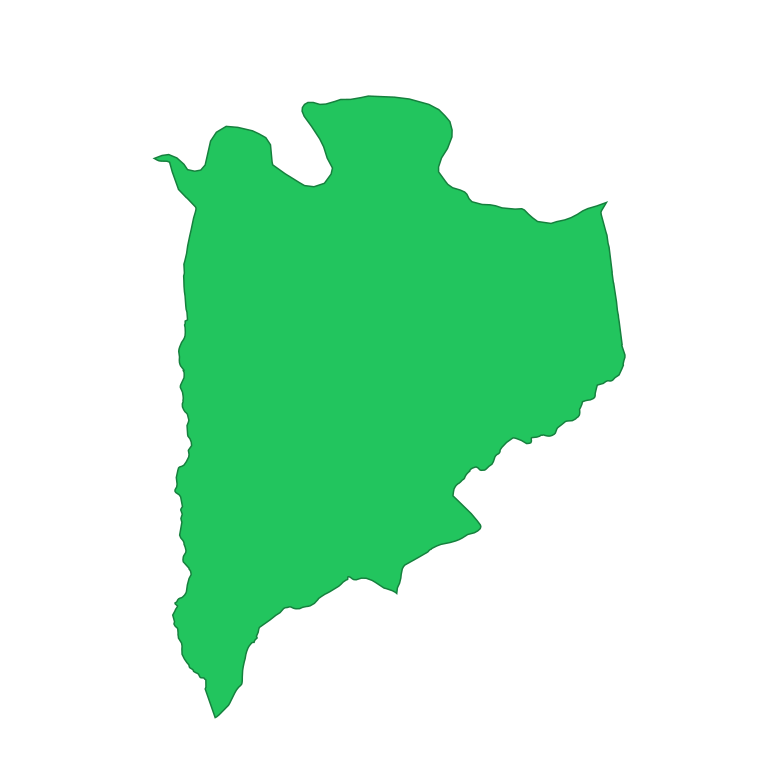 Unguriu, Buzau, Romania (Natural Earth projection), rotated 348°
{"feature_id": "2599482B64546801650648", "entity_name": "Unguriu", "entity_type": "district", "adm_level": 2, "iso_a3": "ROU", "parent_name": "Romania", "parent_adm1": "Buzau", "projection": "natural_earth1", "projection_center": [26.623, 45.27], "detail": "fine", "context": "isolated", "style": "filled", "palette": "green", "viewbox_px": 768, "rotation_deg": 348, "n_neighbors": 0, "source": "geoboundaries", "source_scale": "gbopen_adm2", "svg_char_len": 6159}
<svg xmlns="http://www.w3.org/2000/svg" viewBox="0 0 768 768"><g transform="rotate(348 384 384)"><path d="M352.9,591.5L354.6,586.5L355.3,585.4L357.8,582.1L360.1,577.3L361.2,573.9L363.5,568.6L365.1,566.7L366.8,565.4L382.5,560.5L391.6,557.5L392.4,557.1L394.0,555.8L394.7,555.6L395.6,555.5L396.6,554.8L401.9,553.4L406.4,552.7L415.7,552.8L421.5,552.4L425.2,551.8L428.5,550.9L434.6,548.6L441.5,548.3L445.1,547.2L447.9,545.6L448.6,544.6L449.1,543.3L448.9,541.8L446.7,537.1L442.4,529.0L428.2,507.7L429.5,504.0L430.7,501.2L432.4,499.2L433.6,498.1L435.7,496.9L436.4,496.8L438.5,495.7L440.7,494.2L441.4,493.9L442.0,493.8L443.3,492.7L443.8,491.8L444.7,490.7L445.9,489.5L447.7,488.2L449.8,487.0L449.7,486.5L451.5,485.2L452.9,484.7L455.6,484.3L456.9,484.3L457.7,484.9L458.5,485.6L459.9,487.9L461.0,488.6L464.4,489.1L465.0,489.0L466.3,488.4L469.6,486.3L472.9,484.9L474.9,482.6L477.4,478.3L478.6,477.2L480.0,476.4L481.3,476.1L482.5,475.4L483.4,474.3L483.6,473.3L484.3,472.2L486.1,470.5L491.8,466.6L498.5,463.7L499.3,463.6L500.3,463.9L502.1,464.8L506.7,467.8L511.1,471.9L512.5,472.1L514.3,472.2L515.5,471.9L516.4,470.4L516.5,469.0L516.8,467.8L517.0,467.4L517.4,467.2L522.5,467.7L525.4,467.4L527.0,466.7L528.0,467.0L529.5,467.0L530.8,467.8L533.0,468.8L534.7,469.3L536.0,469.4L537.9,469.2L540.1,468.5L541.4,467.6L543.8,463.8L544.5,463.1L545.5,462.5L549.3,460.7L553.3,458.6L554.5,458.3L556.3,458.4L560.6,459.0L564.1,458.0L565.3,457.2L567.2,456.4L568.6,455.0L569.1,454.0L569.6,452.4L570.1,449.2L571.1,448.2L573.4,444.9L574.3,442.8L575.3,442.5L577.6,442.2L580.0,442.2L582.4,442.4L585.5,441.8L587.1,441.0L588.0,439.6L588.6,437.2L589.8,434.6L591.3,431.5L592.2,429.8L592.5,429.4L598.6,429.0L601.5,427.7L603.6,427.3L605.8,428.1L607.4,428.1L608.6,427.7L611.3,425.8L615.8,424.0L619.7,418.8L622.1,415.3L622.0,414.3L623.7,410.6L624.3,409.6L625.2,408.0L625.7,405.7L624.6,395.6L624.9,395.0L625.1,395.0L627.0,371.7L627.2,367.9L627.5,365.5L627.5,363.6L627.6,360.4L628.5,351.9L629.6,333.0L629.4,332.9L630.2,322.4L630.4,322.2L632.6,296.9L632.4,293.0L633.0,284.8L632.7,281.9L631.7,263.5L631.9,261.1L632.9,259.6L639.3,252.7L629.1,254.1L619.9,254.8L614.4,256.0L608.4,258.3L601.5,260.2L594.9,261.1L586.7,261.1L580.8,261.7L568.0,257.0L563.7,252.1L560.6,247.9L557.5,243.0L555.2,241.2L548.6,240.2L536.1,236.3L530.2,232.9L525.1,230.8L517.3,228.8L507.9,224.0L505.7,220.4L504.5,215.6L502.8,213.0L499.0,210.2L491.9,206.3L487.9,202.0L486.1,198.3L481.5,187.9L482.5,183.0L487.3,174.8L495.1,166.8L501.8,156.5L503.4,149.7L503.0,141.1L499.6,134.7L494.8,127.2L486.1,119.9L468.0,110.5L453.8,105.6L428.5,99.1L421.3,99.1L410.6,98.7L400.7,96.7L394.8,97.4L385.3,98.1L379.4,97.2L373.3,93.9L368.2,92.8L364.4,94.0L361.7,96.6L360.6,100.1L361.6,105.6L366.7,117.0L372.1,130.9L374.3,139.5L375.4,151.2L378.5,162.0L375.9,167.7L367.4,175.3L356.5,176.5L347.5,173.4L343.2,169.5L331.1,157.9L320.7,146.5L320.7,143.5L322.7,126.4L319.6,118.5L313.7,113.3L308.0,109.0L294.4,102.6L283.2,99.2L272.4,102.9L264.9,110.3L254.6,132.6L249.2,136.7L243.1,136.5L236.4,133.5L234.0,127.5L228.4,119.8L221.1,114.8L214.4,114.3L206.2,115.6L208.7,117.8L210.3,118.9L212.2,119.6L218.1,121.0L220.4,122.5L221.0,132.5L223.3,149.6L223.4,150.9L229.4,160.6L230.0,161.2L236.3,171.4L236.6,172.3L236.6,173.3L236.3,174.3L235.2,176.7L232.3,182.0L227.5,192.9L224.9,198.5L220.7,208.0L218.0,215.4L214.7,222.4L213.2,225.2L211.9,233.5L211.5,234.8L210.5,236.7L209.8,241.0L208.7,246.9L208.0,252.2L207.7,256.7L206.4,266.1L206.0,269.7L206.2,272.8L205.2,280.1L204.7,280.6L202.6,281.1L202.1,283.6L201.2,284.8L201.2,287.5L200.4,292.1L199.5,295.3L198.2,297.6L196.7,299.3L194.7,301.2L191.8,305.4L190.7,307.4L190.0,309.4L189.6,315.0L188.8,317.9L188.4,320.5L188.5,322.3L188.8,323.9L191.2,328.9L190.4,329.2L190.9,331.1L190.4,333.8L189.7,336.3L185.1,342.4L184.4,343.6L184.1,345.1L185.2,350.1L185.0,353.8L184.7,356.2L183.9,358.5L183.9,359.4L182.6,361.5L182.1,364.5L182.7,367.5L183.6,369.8L184.7,371.3L185.4,372.7L185.6,378.8L184.7,380.7L182.7,383.7L181.4,392.7L181.4,394.3L182.8,397.2L183.4,400.7L183.0,404.3L179.1,407.9L178.8,408.4L178.7,412.3L177.8,414.8L174.4,419.0L171.5,421.7L169.5,422.4L166.7,422.7L165.6,423.4L164.5,425.4L161.4,432.3L160.8,438.9L159.8,441.6L157.8,443.8L157.4,444.8L157.3,445.7L157.9,447.0L160.7,449.9L161.6,452.2L161.4,462.0L159.7,463.7L159.0,464.9L159.3,466.9L159.6,469.4L157.4,473.3L157.4,475.5L157.6,477.1L152.7,489.3L153.2,492.3L154.8,495.3L155.3,497.1L155.3,498.2L155.1,499.1L155.6,502.2L155.7,505.6L155.1,507.5L152.3,510.5L151.7,511.5L150.8,514.2L150.7,516.2L154.9,523.5L154.9,524.6L155.8,526.4L155.9,528.6L155.7,530.4L152.9,533.7L149.9,539.6L147.6,545.9L147.0,547.0L145.1,549.0L142.9,550.4L141.8,550.9L139.7,551.1L138.4,551.5L137.2,552.4L136.2,553.8L135.4,554.3L134.1,554.7L134.0,555.6L135.9,558.2L135.4,559.1L133.3,561.1L132.2,562.7L129.3,566.1L129.7,572.9L128.7,575.0L128.8,575.7L129.5,577.7L131.1,579.8L131.3,580.9L130.8,584.8L130.4,586.4L130.3,588.8L130.1,589.7L132.1,595.3L132.0,598.3L131.2,601.3L130.3,606.4L131.6,611.5L133.3,615.6L134.7,618.1L134.8,620.5L135.2,621.3L136.9,622.9L137.6,623.7L137.9,624.4L138.0,625.5L139.7,627.1L141.1,628.1L142.2,629.2L143.0,632.3L143.4,632.9L143.9,633.3L146.6,634.0L147.4,635.5L148.1,636.1L148.2,636.5L146.8,643.5L145.7,645.1L149.5,675.2L151.0,674.8L153.9,673.3L165.1,665.9L166.6,664.3L173.6,655.4L175.9,652.8L177.5,651.4L179.2,650.1L180.5,649.4L182.2,648.2L182.9,647.0L183.6,645.0L184.5,641.0L186.2,634.7L187.5,631.3L189.5,626.8L191.1,623.7L192.6,619.9L194.1,617.0L195.9,614.2L196.9,613.0L198.0,611.9L200.8,609.7L202.3,609.5L203.2,609.7L203.6,608.8L204.7,607.5L207.1,606.0L206.8,604.2L209.3,600.7L210.6,597.6L211.5,596.2L223.6,591.0L230.0,587.8L234.8,586.0L239.1,582.8L240.6,582.3L243.2,582.5L245.1,582.3L246.5,582.7L248.7,584.4L250.4,585.3L251.4,585.6L254.8,586.2L258.0,585.5L261.6,585.5L263.6,585.7L265.7,585.6L270.3,584.1L274.7,581.0L275.2,580.3L278.4,578.9L282.6,577.3L284.3,576.9L287.8,575.9L297.7,572.4L300.2,571.0L302.9,569.2L306.1,567.9L307.8,567.6L308.5,565.3L308.9,565.1L309.7,565.2L310.8,566.0L312.8,568.3L313.9,569.1L316.1,569.7L321.4,569.2L326.2,570.3L331.5,573.6L334.3,576.2L341.6,583.6L343.5,584.5L349.2,587.9L351.9,590.2L352.9,591.5Z" fill="#22c55e" stroke="#15803d" stroke-width="1.5"/></g></svg>